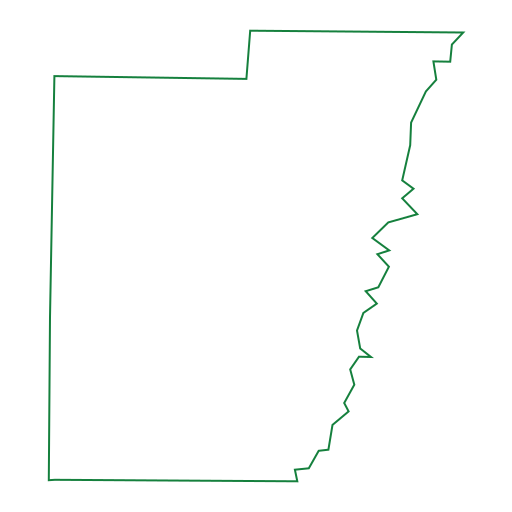 Calhoun, Florida, United States of America (Natural Earth projection)
{"feature_id": "52423323B11217217149990", "entity_name": "Calhoun", "entity_type": "district", "adm_level": 2, "iso_a3": "USA", "parent_name": "United States of America", "parent_adm1": "Florida", "projection": "natural_earth1", "projection_center": [-85.065, 30.404], "detail": "fine", "context": "isolated", "style": "outline", "palette": "green", "viewbox_px": 512, "rotation_deg": 0, "n_neighbors": 0, "source": "geoboundaries", "source_scale": "gbopen_adm2", "svg_char_len": 617}
<svg xmlns="http://www.w3.org/2000/svg" viewBox="0 0 512 512"><path d="M463.2,32.5L250.2,30.7L246.4,78.9L54.4,76.1L50.0,317.2L48.8,480.2L54.8,479.8L297.3,481.3L294.9,469.7L308.8,468.3L318.7,450.8L328.4,449.7L332.5,424.9L348.6,411.4L344.2,403.0L354.3,384.7L350.2,369.4L359.0,356.7L371.0,357.0L360.2,348.5L357.0,330.5L363.4,312.9L376.8,303.6L365.7,291.2L378.3,287.3L388.9,266.7L377.4,254.2L389.2,250.4L372.3,238.0L388.3,222.4L417.3,214.2L402.2,198.3L413.5,188.7L402.2,180.4L410.2,145.2L411.1,122.6L425.9,91.4L436.3,79.7L433.4,61.4L450.2,61.7L451.9,44.5L463.2,32.5Z" fill="none" stroke="#15803d" stroke-width="2"/></svg>